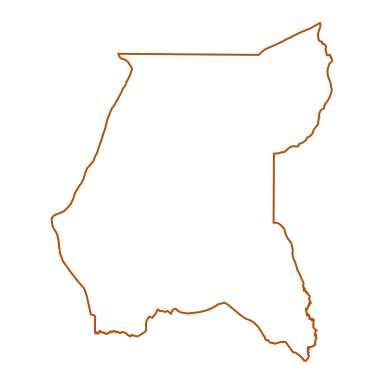 Sesan, Stœng Trêng, Cambodia
{"feature_id": "14789045B73389269548404", "entity_name": "Sesan", "entity_type": "district", "adm_level": 2, "iso_a3": "KHM", "parent_name": "Cambodia", "parent_adm1": "Stœng Trêng", "projection": "equal_earth", "projection_center": [106.435, 13.605], "detail": "fine", "context": "isolated", "style": "outline", "palette": "amber", "viewbox_px": 384, "rotation_deg": 0, "n_neighbors": 0, "source": "geoboundaries", "source_scale": "gbopen_adm2", "svg_char_len": 5963}
<svg xmlns="http://www.w3.org/2000/svg" viewBox="0 0 384 384"><path d="M187.5,313.5L198.4,312.3L203.8,311.1L206.6,310.3L211.1,308.5L214.2,306.9L218.5,304.2L224.5,302.7L228.4,305.0L239.9,314.6L242.4,316.4L245.7,318.6L250.2,320.3L253.4,322.3L256.1,324.6L259.2,328.3L263.7,335.7L264.8,337.1L265.0,337.7L265.2,339.0L266.3,340.1L267.2,340.2L267.6,340.0L268.0,340.2L268.4,340.9L268.8,341.2L269.6,342.1L270.7,342.8L273.7,343.1L274.7,343.8L277.3,343.1L280.5,342.0L282.1,342.0L284.2,341.8L285.4,341.9L286.2,342.7L287.8,345.1L291.3,349.7L292.0,350.8L292.2,351.4L292.8,352.0L295.7,352.7L299.6,355.6L301.1,356.9L304.5,360.7L305.4,361.0L306.4,360.3L307.3,359.1L307.8,358.5L308.0,357.8L308.6,357.1L308.9,356.4L308.7,356.1L308.4,354.7L308.0,354.3L308.1,353.7L308.5,353.2L308.7,352.7L308.0,352.3L307.8,351.7L307.7,350.6L307.9,350.4L307.8,350.0L308.3,349.6L308.6,349.7L308.8,348.8L308.4,348.2L307.8,348.3L307.6,347.9L307.7,347.5L308.2,347.2L308.5,347.7L308.8,347.7L309.6,347.1L310.1,347.2L311.3,347.0L312.3,346.2L312.8,346.4L313.3,346.2L313.5,345.8L313.8,345.5L315.1,344.9L315.3,344.5L314.8,343.0L315.4,342.2L315.4,341.8L315.3,341.5L315.5,340.2L315.8,339.7L316.4,338.3L316.3,337.6L315.9,336.8L316.0,334.8L315.7,334.7L315.4,335.3L314.8,335.4L314.7,334.6L315.3,333.3L315.2,332.3L315.4,331.8L315.9,330.9L316.5,330.6L316.1,329.9L314.5,329.0L314.0,328.0L313.6,327.8L313.5,327.3L313.1,326.7L313.5,324.8L313.3,324.2L313.3,323.9L313.5,323.8L313.5,322.7L313.2,321.2L313.6,321.0L314.0,320.5L313.9,320.2L312.9,319.0L312.5,318.8L312.2,318.9L312.2,319.3L311.6,320.1L311.0,319.3L310.3,319.2L310.4,318.5L310.4,318.2L310.1,318.1L309.3,318.3L309.4,316.9L309.1,316.3L308.9,314.8L308.6,314.6L307.8,315.1L307.7,314.7L307.0,315.3L306.7,314.8L307.2,313.9L306.7,313.0L306.4,311.8L306.3,311.3L306.5,310.5L306.5,310.0L305.9,309.6L305.7,308.9L306.0,308.6L307.2,308.9L307.4,308.7L307.6,307.5L307.9,306.9L308.3,306.6L308.4,306.3L308.4,305.5L309.1,305.5L309.3,305.3L308.9,304.1L309.1,303.8L309.4,303.6L310.0,303.6L310.5,303.3L310.6,303.0L310.8,302.4L310.1,302.1L309.6,301.4L309.8,300.3L309.5,299.9L309.1,298.8L309.3,297.6L309.8,297.0L309.8,296.6L309.2,295.3L308.5,294.9L308.0,294.0L307.3,293.2L306.3,293.0L306.6,291.9L305.4,290.9L305.0,290.5L304.3,291.0L304.0,290.9L303.9,290.6L304.1,290.1L304.5,290.1L304.9,289.4L304.8,288.8L304.6,288.5L304.3,288.5L303.7,289.0L303.6,288.7L303.4,287.5L303.7,286.8L303.2,286.1L303.0,285.6L302.9,285.1L303.7,283.8L303.6,283.2L301.9,279.7L299.7,273.9L299.2,272.9L298.2,271.6L297.6,270.6L295.9,264.5L294.3,260.4L293.0,257.4L292.4,252.8L292.8,251.0L292.8,249.7L291.6,244.1L290.8,242.4L287.4,237.9L286.5,236.1L285.6,233.9L284.3,229.2L283.3,227.6L280.4,224.8L278.5,223.4L277.0,222.9L273.6,222.7L273.9,153.7L278.5,153.3L280.0,153.0L281.9,152.1L282.6,152.3L283.8,152.1L284.8,151.6L289.1,147.9L290.6,146.9L292.2,146.4L293.3,146.2L297.6,146.5L298.2,146.3L298.8,144.7L299.5,143.6L301.1,143.4L303.2,142.3L304.1,141.5L305.2,140.9L306.1,140.1L306.9,137.9L307.4,137.4L308.8,136.8L310.9,135.4L311.8,134.3L312.8,132.6L313.6,129.7L316.6,126.1L318.0,124.1L318.6,119.5L319.4,116.9L319.3,116.4L318.8,115.0L320.2,111.3L320.5,110.6L321.2,110.1L321.7,109.4L323.3,108.8L323.7,108.5L324.0,107.7L324.8,104.5L327.5,101.0L329.2,98.0L331.0,93.5L331.4,91.9L331.8,89.4L331.3,87.7L330.8,84.3L330.3,82.2L328.3,77.1L327.9,75.3L327.6,73.5L327.5,71.2L327.7,69.0L329.4,63.7L330.3,62.8L331.2,62.1L332.2,60.7L332.3,60.0L331.9,59.1L330.8,57.8L330.9,57.0L330.2,56.3L330.3,55.8L330.3,55.1L329.9,54.9L329.5,54.9L329.4,54.7L329.2,54.7L328.8,55.1L328.1,55.3L327.5,55.1L327.1,55.2L326.7,55.0L326.6,53.7L326.1,52.1L326.1,51.2L325.7,50.2L325.4,48.5L326.1,47.5L326.2,46.9L325.5,45.6L324.2,44.1L322.6,43.9L322.3,43.3L322.1,42.1L321.8,41.6L320.9,41.7L319.0,40.5L318.5,38.6L317.9,35.3L318.2,33.1L320.4,26.3L320.5,25.6L320.3,23.8L319.9,23.0L309.7,28.7L308.0,29.2L297.8,33.6L292.8,36.1L289.9,37.8L286.2,39.4L284.2,40.5L277.8,43.8L265.8,49.0L263.5,50.5L258.6,54.9L118.4,53.8L119.3,56.3L120.5,58.0L121.5,58.6L122.8,59.1L125.4,59.7L126.1,60.5L128.0,62.0L130.0,65.1L131.2,66.6L131.5,67.7L132.1,68.7L131.8,70.1L129.2,76.9L126.2,82.6L125.5,84.8L124.9,86.1L122.9,88.5L121.1,92.9L114.2,105.5L112.4,107.6L110.6,111.2L107.5,119.1L106.1,124.5L105.2,128.7L103.0,134.5L102.3,137.2L100.7,142.0L99.1,146.1L97.6,151.2L97.0,152.9L95.3,156.1L93.5,160.9L90.1,165.1L87.4,167.8L86.0,170.8L84.4,175.8L84.0,177.8L83.2,179.7L81.9,182.2L81.0,183.8L80.2,184.7L78.5,187.1L77.7,188.7L76.5,190.3L75.4,192.4L74.5,194.4L73.9,196.6L73.3,198.5L71.4,202.7L70.7,204.1L66.9,208.5L64.0,211.0L62.8,211.9L57.3,214.0L54.8,215.0L52.9,216.5L51.8,218.2L51.7,220.9L52.4,225.0L52.7,226.2L53.9,228.9L55.8,231.7L57.4,235.2L58.7,241.7L59.0,246.0L59.5,248.7L59.9,252.9L62.9,261.0L65.3,264.5L67.3,267.1L69.7,270.8L75.2,277.9L79.3,283.0L84.1,288.4L85.0,290.6L86.9,296.2L88.5,304.1L90.6,313.2L91.0,314.5L91.7,314.9L93.2,315.0L94.4,315.5L95.0,316.4L95.2,319.0L95.0,322.7L95.1,332.7L95.7,333.4L96.1,333.6L97.0,333.1L97.0,332.7L98.3,333.5L99.1,332.5L99.3,331.3L99.5,330.9L99.8,330.9L100.4,331.6L100.7,331.4L101.0,331.5L101.9,332.5L102.4,332.7L103.4,332.4L104.4,333.1L105.2,333.1L105.4,333.5L105.7,333.9L106.2,333.9L106.5,333.7L107.4,333.7L108.2,333.2L108.8,333.2L109.2,333.0L109.7,331.9L110.0,331.6L110.6,331.4L111.4,331.8L111.6,332.1L112.0,332.1L112.6,331.6L113.6,331.0L114.9,331.4L115.3,331.9L115.8,332.3L116.1,332.1L116.2,331.7L117.1,331.6L117.7,331.8L119.1,332.7L119.8,332.9L120.7,332.7L121.4,332.3L121.9,332.4L122.8,331.9L124.4,332.5L125.0,332.9L125.5,333.0L126.8,333.8L127.4,334.5L127.8,335.2L128.5,335.3L130.1,336.5L130.7,336.3L131.3,335.3L131.7,334.9L133.2,335.5L134.4,335.7L136.9,336.4L137.7,336.3L139.6,335.3L145.6,331.4L146.0,330.9L146.1,330.3L146.0,325.2L146.2,322.7L146.7,320.5L147.0,320.0L149.0,316.7L152.3,317.8L155.4,313.9L157.7,309.5L159.9,311.0L162.2,310.8L164.8,312.0L167.7,311.1L171.1,313.7L172.3,310.5L172.7,310.0L173.4,309.4L175.1,308.7L175.8,308.9L177.0,310.1L179.9,312.0L180.5,312.3L182.6,312.7L187.5,313.5Z" fill="none" stroke="#b45309" stroke-width="2"/></svg>